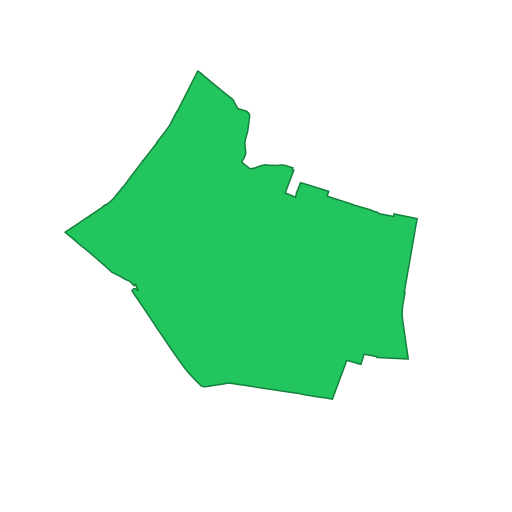 outline of Tunari, Ilfov, Romania, rotated 116°
{"feature_id": "2599482B63579595861696", "entity_name": "Tunari", "entity_type": "district", "adm_level": 2, "iso_a3": "ROU", "parent_name": "Romania", "parent_adm1": "Ilfov", "projection": "natural_earth1", "projection_center": [26.14, 44.567], "detail": "fine", "context": "isolated", "style": "filled", "palette": "green", "viewbox_px": 512, "rotation_deg": 116, "n_neighbors": 0, "source": "geoboundaries", "source_scale": "gbopen_adm2", "svg_char_len": 5696}
<svg xmlns="http://www.w3.org/2000/svg" viewBox="0 0 512 512"><g transform="rotate(116 256 256)"><path d="M356.3,141.1L355.8,139.4L354.5,135.6L353.1,131.3L351.2,124.6L350.5,124.6L348.2,124.9L347.2,124.9L346.4,125.0L346.1,125.1L345.3,125.1L344.7,125.2L344.1,125.3L343.0,125.4L339.2,125.8L336.5,126.0L335.2,126.1L331.9,126.5L323.8,127.3L315.4,128.1L312.8,128.4L310.0,128.7L309.5,126.1L307.5,114.2L303.1,114.8L296.9,115.8L294.9,108.8L293.6,103.8L294.1,103.1L294.2,102.8L293.7,101.7L291.9,97.4L290.6,94.5L289.7,92.3L286.6,85.1L285.1,81.6L284.6,80.4L282.1,74.5L281.8,74.0L263.0,86.8L262.1,87.4L261.8,87.6L258.7,89.8L256.8,91.0L251.4,94.7L248.4,96.7L247.1,97.5L245.7,98.3L244.9,98.8L243.6,99.4L242.4,100.0L241.5,100.4L240.5,100.8L237.6,101.9L235.3,102.7L227.6,104.9L223.7,106.0L223.8,106.2L223.4,106.3L223.6,106.8L215.1,109.3L212.0,110.2L209.0,111.0L204.8,112.3L198.7,114.0L193.1,115.6L188.2,117.0L186.1,117.7L177.5,120.1L164.9,123.8L158.3,125.7L156.1,126.3L151.8,127.5L153.2,133.2L157.7,150.4L160.1,149.6L162.8,159.4L164.1,164.2L164.1,164.5L163.7,164.8L163.5,165.5L163.5,166.1L163.6,167.0L164.5,171.8L164.4,172.0L164.1,172.2L167.5,191.7L167.3,191.7L167.4,192.6L167.4,193.0L167.5,193.6L167.9,196.4L169.0,203.8L169.8,209.4L170.5,214.6L171.0,218.4L166.0,218.9L168.4,234.7L170.2,246.3L170.3,246.3L170.5,247.6L170.6,248.2L173.9,247.8L175.1,247.8L177.5,247.5L177.9,247.5L180.2,247.4L181.3,247.3L182.8,247.0L184.8,246.6L186.0,246.2L185.9,247.2L186.0,249.7L186.1,251.4L186.5,257.3L183.1,257.7L177.8,258.2L170.9,258.8L166.0,259.3L162.4,259.6L162.7,261.1L162.7,261.3L162.0,261.3L161.6,261.4L160.6,261.4L160.8,263.0L160.9,263.4L161.1,264.4L161.8,269.7L162.6,271.8L163.1,273.4L163.6,274.0L164.5,275.2L164.9,275.9L165.3,276.7L166.1,278.4L166.9,280.3L167.3,280.9L167.6,281.4L168.3,283.1L168.5,283.8L168.9,284.7L169.1,285.1L169.7,287.1L170.4,288.1L171.2,289.2L171.7,289.9L172.4,290.8L173.2,291.6L174.9,293.3L177.3,295.5L178.5,297.2L178.5,297.3L179.0,297.9L179.1,298.0L179.5,298.5L180.1,299.1L180.0,300.2L180.0,300.3L179.9,300.9L179.6,302.7L179.0,305.4L178.5,307.4L178.4,308.4L176.9,310.2L173.2,309.6L171.4,309.8L168.2,310.2L166.3,311.3L163.6,313.0L162.0,314.0L159.4,315.5L156.5,316.5L154.5,316.9L151.7,317.4L149.8,317.7L148.9,317.8L146.8,318.4L144.1,319.3L139.7,320.7L136.7,321.8L133.7,322.8L132.8,323.1L132.1,323.6L131.2,324.5L130.9,325.0L130.4,326.7L130.2,327.3L130.4,327.3L130.1,328.2L130.1,328.4L130.1,328.9L130.9,333.6L131.4,336.1L131.8,336.1L131.6,336.7L131.4,337.0L128.2,341.7L125.8,344.9L125.6,345.2L125.4,345.7L124.4,350.4L122.7,358.1L122.1,360.5L121.8,361.7L120.2,368.5L119.5,371.3L117.3,380.2L117.3,380.3L116.8,382.2L115.6,386.8L115.3,389.4L116.5,389.5L118.6,389.5L119.6,389.5L121.1,389.5L122.6,389.6L123.9,389.6L125.3,389.6L126.7,389.6L128.1,389.6L129.4,389.7L130.9,389.7L133.7,389.7L135.1,389.8L136.5,389.8L137.8,389.8L139.2,389.8L140.7,389.9L142.2,389.9L143.8,389.9L146.3,389.9L148.4,389.9L148.4,390.0L150.6,390.0L161.1,390.2L161.1,390.6L163.4,390.6L164.9,390.6L166.3,390.7L167.6,390.7L169.0,390.7L170.4,390.7L173.1,390.8L175.1,390.8L177.2,391.0L179.5,391.4L182.5,391.9L185.3,392.4L187.9,393.0L189.3,393.3L190.4,393.5L191.7,393.8L194.5,394.4L195.9,394.7L197.3,394.9L197.4,394.6L200.3,395.2L201.7,395.5L203.0,395.8L205.9,396.4L207.4,396.7L208.7,396.9L211.5,397.5L213.7,398.0L219.9,399.3L219.9,399.6L220.1,399.6L221.3,399.6L240.4,403.5L243.3,404.0L248.3,404.9L250.8,405.3L252.7,406.0L253.6,406.3L254.4,406.5L255.8,406.6L257.4,407.1L258.3,407.3L260.0,407.6L260.3,407.6L260.7,408.0L261.6,408.3L261.6,408.0L262.0,408.1L264.0,408.6L265.2,408.9L266.4,409.2L267.4,409.5L268.4,409.8L269.8,410.4L271.6,411.1L273.3,411.9L274.7,412.6L275.9,413.3L275.7,413.6L277.7,414.8L277.8,414.6L281.8,416.8L284.3,418.2L307.4,431.6L307.5,431.5L309.5,432.7L309.4,432.8L315.9,436.6L318.3,438.0L318.9,435.6L319.4,433.9L319.8,431.8L320.5,429.0L320.9,427.3L321.8,423.9L322.6,421.4L322.9,420.0L323.4,417.7L323.6,416.9L324.0,415.2L324.4,413.0L325.0,410.8L325.8,407.3L326.4,404.9L327.4,401.2L328.1,398.4L329.1,395.0L329.6,393.0L330.7,389.1L330.7,388.7L332.1,384.1L333.8,378.3L333.8,377.4L333.8,376.9L333.8,373.9L333.8,372.4L333.8,370.5L334.0,367.2L334.3,362.4L334.3,361.6L333.8,359.7L334.1,358.6L334.9,356.1L335.9,353.3L336.2,352.6L334.3,352.0L334.1,351.9L334.1,351.6L334.3,351.5L335.0,351.2L335.4,350.7L335.8,350.2L336.0,349.9L336.3,349.7L336.7,349.2L336.8,348.9L337.4,348.1L338.2,347.2L338.5,347.0L338.6,348.1L338.5,349.5L338.4,350.3L338.5,350.8L338.7,351.0L339.5,351.7L340.1,352.0L340.6,352.1L341.0,352.2L341.6,352.2L343.3,349.6L346.2,344.4L346.3,343.9L348.2,340.9L350.6,336.7L353.4,331.8L355.6,328.1L356.2,327.0L357.0,325.6L358.5,323.1L360.0,320.6L361.0,318.7L362.9,315.8L364.0,313.9L365.4,311.5L367.2,308.2L369.2,304.7L370.5,302.4L373.9,296.6L375.6,293.7L377.9,289.6L378.0,289.5L379.1,287.4L380.5,285.0L382.0,282.2L382.7,280.8L384.0,278.5L385.7,275.2L387.4,272.2L388.5,269.9L391.0,264.6L391.8,262.2L393.4,258.1L394.2,255.9L395.3,252.7L396.4,249.4L396.7,248.1L396.7,247.3L396.5,246.2L396.4,245.6L395.8,244.5L395.0,243.1L393.8,241.5L392.5,239.5L391.5,238.1L390.9,237.3L390.5,236.7L390.2,236.3L390.0,236.1L387.2,231.9L386.8,231.3L386.4,230.8L386.0,230.1L385.5,229.4L384.9,228.6L384.3,227.8L382.8,225.8L382.2,224.7L381.9,224.1L381.6,223.1L381.0,221.7L380.7,220.4L380.3,219.3L380.0,218.4L379.9,217.9L378.9,214.6L377.8,211.6L377.6,210.8L374.7,201.5L374.4,200.7L374.3,200.3L374.0,199.1L373.1,195.9L372.5,193.9L370.7,188.4L370.6,188.0L370.4,187.4L370.1,186.5L369.1,183.4L368.4,181.2L367.4,178.0L366.8,176.0L365.6,172.2L362.7,163.0L361.5,159.3L360.6,156.8L360.5,156.5L360.5,156.0L360.5,155.8L360.5,155.5L359.8,153.1L359.2,151.0L358.4,148.2L357.4,144.8L356.6,142.2L356.3,141.1Z" fill="#22c55e" stroke="#15803d" stroke-width="1.5"/></g></svg>